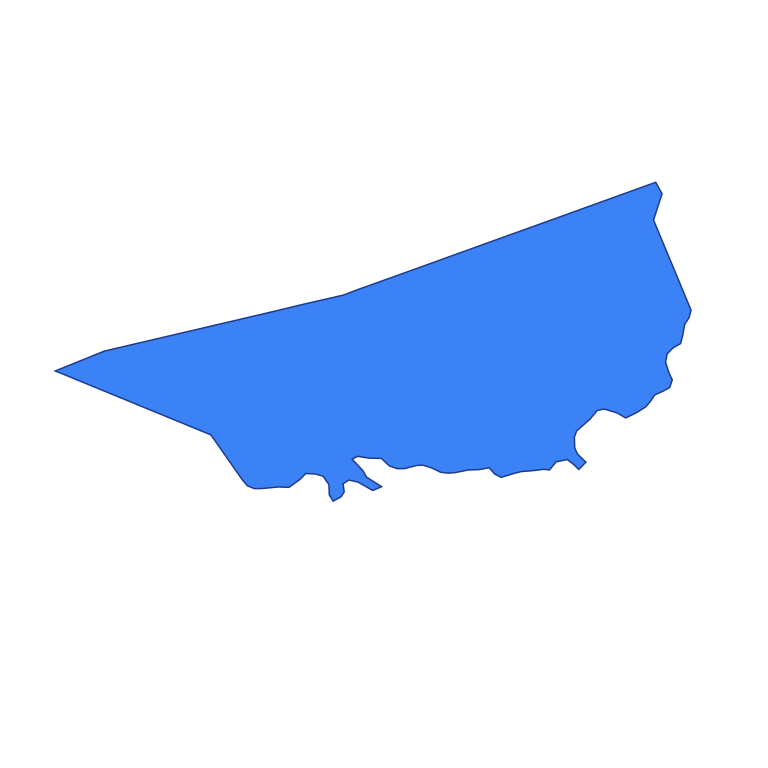 Bento Fernandes, Rio Grande do Norte, Brazil (Mercator projection), rotated 166°
{"feature_id": "56859067B20683588640252", "entity_name": "Bento Fernandes", "entity_type": "district", "adm_level": 2, "iso_a3": "BRA", "parent_name": "Brazil", "parent_adm1": "Rio Grande do Norte", "projection": "mercator", "projection_center": [-35.821, -5.669], "detail": "fine", "context": "isolated", "style": "filled", "palette": "blue", "viewbox_px": 768, "rotation_deg": 166, "n_neighbors": 0, "source": "geoboundaries", "source_scale": "gbopen_adm2", "svg_char_len": 1242}
<svg xmlns="http://www.w3.org/2000/svg" viewBox="0 0 768 768"><g transform="rotate(166 384 384)"><path d="M461.7,282.6L453.1,284.9L448.8,288.8L447.8,297.1L441.3,299.3L433.1,295.2L428.3,290.7L420.7,283.4L411.2,284.9L423.6,298.1L425.2,304.5L433.1,318.8L427.0,320.2L416.5,315.7L404.5,312.4L398.6,303.2L391.7,298.7L384.4,296.9L372.2,297.1L366.1,295.9L358.8,291.6L350.3,284.6L343.3,282.0L336.4,280.8L323.2,280.2L312.2,277.9L302.2,277.3L298.4,269.9L292.9,265.1L278.3,265.8L272.0,265.8L259.8,263.8L249.8,262.6L244.2,260.6L235.8,266.8L224.6,266.4L219.8,260.6L215.7,254.0L207.0,259.3L213.1,269.1L214.4,275.7L212.1,286.5L208.3,292.0L192.7,300.0L183.5,306.7L176.5,306.5L164.9,299.6L157.7,292.6L145.6,295.2L135.6,298.5L129.3,303.0L123.9,307.9L114.7,309.6L107.7,311.4L103.3,318.2L104.8,325.9L105.5,337.1L101.9,344.8L94.7,349.2L86.4,351.5L82.5,358.8L77.7,369.2L72.0,374.5L68.2,381.3L82.8,477.9L68.2,501.3L71.6,514.0L187.0,502.2L291.5,491.6L303.5,490.3L386.0,482.0L401.9,480.1L443.9,480.9L472.2,481.1L647.4,483.6L699.8,476.2L564.3,376.5L544.5,325.0L541.1,318.2L535.0,313.8L528.3,312.2L511.2,309.6L501.2,306.7L488.5,311.8L481.5,316.1L472.2,313.2L465.3,309.2L461.8,299.7L463.9,289.7L461.7,282.6Z" fill="#3b82f6" stroke="#1e3a8a" stroke-width="1.5"/></g></svg>